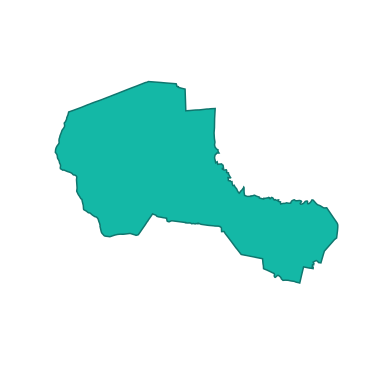 the district of Horodnic De Sus, Suceava, Romania, rotated 32°
{"feature_id": "2599482B42515196474333", "entity_name": "Horodnic De Sus", "entity_type": "district", "adm_level": 2, "iso_a3": "ROU", "parent_name": "Romania", "parent_adm1": "Suceava", "projection": "albers", "projection_center": [25.808, 47.836], "detail": "fine", "context": "isolated", "style": "filled", "palette": "teal", "viewbox_px": 384, "rotation_deg": 32, "n_neighbors": 0, "source": "geoboundaries", "source_scale": "gbopen_adm2", "svg_char_len": 6014}
<svg xmlns="http://www.w3.org/2000/svg" viewBox="0 0 384 384"><g transform="rotate(32 192 192)"><path d="M331.6,212.1L330.8,209.7L329.1,204.8L326.3,196.4L331.9,194.3L331.9,194.2L335.3,192.8L334.6,191.5L333.7,191.9L332.7,189.8L333.7,189.4L333.5,188.9L333.5,188.3L332.3,187.6L331.9,187.3L333.6,184.3L334.9,184.3L335.7,184.4L336.7,184.8L338.9,183.8L336.5,175.4L335.6,172.0L338.1,156.6L338.4,156.0L338.7,155.0L339.0,154.4L335.9,147.7L334.5,145.0L333.5,143.3L332.7,142.3L331.8,141.6L329.9,140.7L325.9,139.0L314.6,134.0L314.1,134.4L312.5,135.5L311.7,135.7L310.9,135.7L308.3,135.7L307.4,135.8L305.6,136.2L304.9,136.2L304.1,136.1L303.2,135.9L299.8,134.9L299.3,134.7L298.7,134.8L298.0,135.1L297.8,135.5L298.0,136.2L298.0,137.3L297.8,138.1L297.7,138.7L297.6,139.5L297.0,140.2L296.6,140.6L296.0,140.3L295.6,139.7L295.2,139.0L294.7,138.6L294.2,138.8L293.4,139.5L293.0,140.0L292.9,140.6L292.8,141.4L292.6,142.3L292.4,142.8L291.5,144.0L290.8,144.7L290.3,144.7L289.7,144.3L289.7,143.7L289.8,143.1L290.0,142.5L289.9,142.0L289.4,141.8L288.3,142.0L287.7,142.2L285.4,144.0L284.1,144.6L283.6,144.4L282.9,144.4L282.4,144.9L281.5,146.3L281.3,147.0L281.3,147.6L281.4,148.7L281.5,149.2L281.0,149.6L280.1,150.2L279.0,150.7L278.0,151.0L277.4,151.7L276.8,152.5L276.1,152.8L275.6,153.2L273.9,154.7L273.7,155.1L273.3,154.9L273.0,154.6L272.7,154.3L272.3,153.5L270.1,154.2L269.9,153.5L269.6,152.8L268.0,154.3L267.7,154.4L266.7,154.3L266.0,155.2L263.9,154.3L263.4,154.2L262.4,154.4L261.9,156.2L261.7,156.4L261.3,156.4L261.4,155.8L259.9,155.9L259.5,156.7L258.8,157.3L257.4,158.6L256.2,159.3L256.5,160.0L255.1,160.5L252.6,161.3L252.4,161.4L252.0,160.8L251.9,160.7L251.5,160.7L250.5,161.0L248.7,161.4L247.4,161.5L246.5,161.7L245.5,163.0L245.2,163.3L243.9,164.2L243.9,164.4L244.1,164.6L241.1,166.5L240.6,166.6L238.4,167.0L237.6,166.1L236.3,164.6L235.7,163.7L234.7,162.1L234.2,161.3L233.6,160.5L233.3,160.4L233.4,160.8L233.5,161.1L233.4,162.0L233.2,164.5L232.9,165.3L232.8,165.6L232.8,166.3L232.8,167.5L232.7,168.0L231.1,167.5L230.2,167.1L228.4,165.8L227.4,165.4L226.2,165.1L224.2,164.0L224.1,164.3L223.9,164.6L223.5,164.8L223.2,164.9L221.6,163.5L220.6,162.3L220.4,162.0L220.0,162.3L219.4,162.5L218.7,162.6L218.5,162.3L216.8,163.0L215.9,161.8L214.9,160.7L215.3,160.5L216.2,160.2L217.0,159.8L217.2,159.4L216.1,158.9L215.2,158.4L214.2,157.8L214.0,157.7L213.6,157.8L212.9,156.5L212.6,156.4L211.2,157.2L210.9,157.1L210.9,156.7L210.6,156.2L210.2,155.8L209.9,155.3L209.5,155.1L209.3,155.0L207.7,156.3L207.0,156.4L205.6,156.5L205.2,155.9L206.2,155.2L205.2,154.0L204.2,152.9L203.9,153.1L202.2,152.5L200.9,153.5L199.9,154.2L199.6,154.5L199.2,154.9L197.3,153.0L197.2,153.2L196.8,154.3L196.6,154.7L195.9,154.0L194.9,152.9L193.4,151.5L192.8,150.7L192.4,149.6L192.1,148.9L192.0,148.2L192.3,147.1L192.3,146.2L192.5,145.6L193.2,145.4L193.7,145.0L193.9,144.8L194.2,144.6L193.2,144.1L192.4,143.6L192.0,143.0L191.8,142.5L191.5,142.4L190.1,142.6L189.3,142.3L188.7,142.0L187.9,141.8L186.2,140.2L185.0,137.5L182.6,134.7L179.4,130.2L177.0,125.6L172.3,117.8L167.4,108.9L163.7,111.5L162.1,112.8L160.6,113.8L155.0,118.3L151.4,120.7L146.4,124.5L143.7,126.4L138.0,117.9L131.6,108.4L128.3,109.5L124.9,110.5L124.6,109.9L123.1,110.4L122.4,109.6L121.3,108.6L121.2,108.6L111.8,113.5L107.6,115.6L96.4,121.5L96.0,122.3L95.2,123.3L94.6,123.7L88.4,132.1L85.4,136.0L65.5,162.8L61.7,167.5L57.1,173.6L53.6,178.5L48.2,185.5L45.0,189.5L45.9,192.2L46.4,195.3L46.7,196.0L47.0,196.6L47.1,197.1L47.4,199.5L47.4,199.9L47.2,200.4L47.1,201.0L47.3,201.5L48.6,202.9L49.0,203.7L49.3,204.4L49.3,205.6L49.1,208.2L49.2,209.2L49.5,210.2L49.8,211.7L50.2,213.9L50.4,214.7L50.8,215.6L51.1,217.1L51.7,218.5L52.6,219.8L53.2,220.6L53.4,221.7L53.3,223.0L53.2,224.2L53.2,225.1L53.4,226.8L53.9,228.4L55.1,230.8L56.0,231.1L57.4,231.7L58.5,232.6L59.8,234.3L60.3,234.7L61.9,235.5L62.7,236.0L63.1,236.3L64.3,237.6L65.7,238.4L66.5,239.2L67.0,240.2L67.5,241.4L68.1,242.0L69.6,241.9L70.6,242.0L71.0,241.9L71.5,241.4L71.9,241.2L72.6,241.1L75.3,240.7L77.9,240.0L78.6,239.9L80.3,239.8L81.6,240.2L82.3,240.3L82.7,240.2L83.2,239.9L84.0,239.7L85.1,239.7L85.6,239.8L86.4,240.4L87.6,242.9L90.9,247.4L92.0,248.9L92.8,250.2L93.5,251.9L93.9,252.5L97.0,254.5L98.5,255.1L101.4,256.6L101.9,256.6L102.2,256.5L102.7,256.7L103.2,257.4L104.8,259.0L106.9,261.0L109.1,264.0L109.5,264.3L110.1,264.3L112.2,264.2L112.5,264.2L113.5,264.3L115.0,264.5L115.6,264.3L116.4,263.9L117.1,263.9L119.6,264.3L122.4,264.4L122.9,264.3L124.1,263.9L124.5,263.9L125.9,264.3L126.6,264.6L128.8,266.5L130.2,267.5L131.0,268.3L131.7,268.9L132.0,269.5L132.2,269.9L136.0,273.7L136.9,274.4L137.6,274.7L138.3,274.9L139.3,275.2L140.3,275.5L141.0,275.6L142.3,275.2L144.6,274.1L145.8,273.6L146.2,273.3L148.8,270.1L149.6,269.2L151.4,267.4L153.2,266.0L156.0,264.3L157.3,263.3L161.0,260.3L161.5,259.9L166.8,258.5L167.5,258.4L168.9,257.0L169.1,256.5L169.3,253.1L169.4,250.3L169.7,244.4L169.7,241.7L169.9,239.8L169.8,239.5L170.2,231.4L171.8,231.2L173.3,230.8L173.6,230.8L175.0,231.2L175.4,231.2L175.9,231.0L176.8,230.8L177.5,230.5L178.6,230.0L180.5,229.3L181.3,229.0L182.6,228.4L183.3,228.2L184.3,227.7L185.5,229.0L186.3,229.8L186.6,229.9L187.6,229.7L188.4,229.4L189.4,227.9L190.1,227.1L201.6,221.8L203.0,221.5L203.0,221.1L203.7,221.1L204.1,221.0L205.8,219.9L206.4,219.5L206.5,219.3L207.3,219.1L208.6,219.1L209.8,218.0L210.5,217.8L211.7,217.3L212.0,217.0L212.1,216.6L213.9,215.8L213.7,215.2L215.5,214.8L216.8,214.6L221.8,212.4L223.6,211.6L228.1,209.3L229.3,208.8L232.8,206.8L233.1,206.7L234.2,206.6L234.3,206.4L235.9,206.8L238.1,209.9L240.2,208.5L240.9,208.9L241.9,209.5L242.6,209.8L247.0,211.4L250.1,212.6L251.4,213.1L258.7,216.0L259.9,216.4L260.6,216.6L266.8,218.9L287.2,211.2L290.3,215.3L291.6,216.7L293.3,219.1L294.8,218.9L296.3,218.6L300.2,218.1L304.1,217.7L304.9,217.6L305.5,218.0L306.1,219.4L306.7,220.1L307.5,220.4L307.9,220.2L308.4,218.5L308.7,217.5L309.3,217.0L310.6,217.0L311.8,217.2L312.9,217.6L313.7,218.3L316.0,218.7L317.7,217.4L320.4,215.9L323.2,214.9L326.1,213.6L328.0,213.3L330.5,212.4L331.6,212.1Z" fill="#14b8a6" stroke="#0f766e" stroke-width="1.5"/></g></svg>